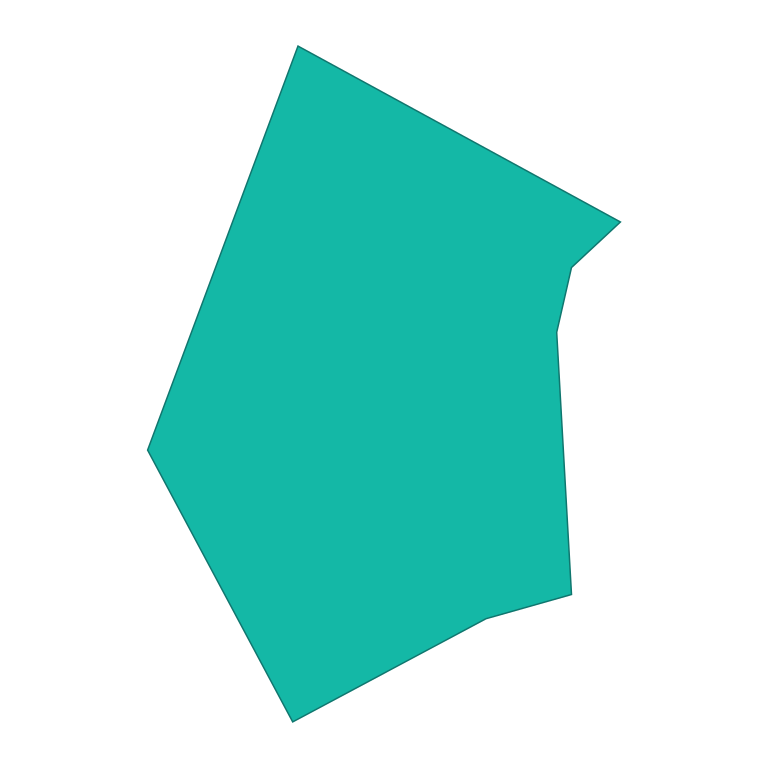 outline of Mandaue
{"feature_id": "PHL-5523", "entity_name": "Mandaue", "entity_type": "Highly Urbanized City", "adm_level": 1, "iso_a3": "PHL", "parent_name": "Philippines", "parent_adm1": "", "projection": "orthographic", "projection_center": [123.958, 10.355], "detail": "fine", "context": "isolated", "style": "filled", "palette": "teal", "viewbox_px": 768, "rotation_deg": 0, "n_neighbors": 0, "source": "natural_earth", "source_scale": "10m", "svg_char_len": 239}
<svg xmlns="http://www.w3.org/2000/svg" viewBox="0 0 768 768"><path d="M620.4,222.0L571.5,267.5L556.7,332.3L571.5,594.5L486.0,618.7L292.7,721.9L147.6,450.1L298.0,46.1L620.4,222.0Z" fill="#14b8a6" stroke="#0f766e" stroke-width="1.5"/></svg>